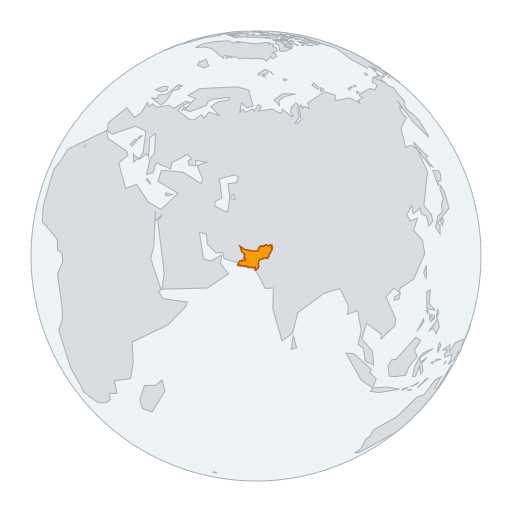 globe centered on Baluchistan, rotated 13°
{"feature_id": "PAK-1108", "entity_name": "Baluchistan", "entity_type": "Province", "adm_level": 1, "iso_a3": "PAK", "parent_name": "Pakistan", "parent_adm1": "", "projection": "orthographic", "projection_center": [66.028, 28.477], "detail": "fine", "context": "on_globe", "style": "filled", "palette": "amber", "viewbox_px": 512, "rotation_deg": 13, "n_neighbors": 0, "source": "natural_earth", "source_scale": "10m", "svg_char_len": 14818}
<svg xmlns="http://www.w3.org/2000/svg" viewBox="0 0 512 512"><g transform="rotate(13 256 256)"><circle cx="256" cy="256" r="225" fill="#eef3f6" stroke="#a8b0b8"/><path d="M303.6,35.8L315.9,39.2L326.7,42.4L320.6,40.9L344.2,49.0L357.6,55.5L339.5,47.2L335.4,45.9L343.0,49.5L340.4,49.0L342.6,50.6L338.9,49.9L328.6,45.9L326.0,45.5L331.5,48.2L331.2,49.6L323.5,45.7L322.2,48.0L304.8,43.1L287.1,35.5L274.4,34.6L248.3,32.1L247.7,32.7L237.4,33.0L232.9,34.0L229.3,33.9L228.8,34.9L232.9,34.9L234.1,35.5L231.8,36.4L226.8,36.1L227.3,35.6L224.6,36.0L223.1,35.6L222.6,36.3L216.9,36.2L219.1,37.6L211.7,38.7L208.8,38.4L213.6,36.7L219.0,33.8L218.4,33.9L235.4,31.7L252.5,30.7L269.7,31.1L286.7,32.8L303.6,35.8ZM181.2,43.5L180.5,43.8L188.3,41.3L188.5,41.5L194.7,40.2L188.8,42.4L179.8,45.6L174.3,47.0L170.2,48.6L171.4,49.3L157.4,54.7L141.5,63.5L138.4,65.0L139.5,63.3L146.9,58.9L163.7,50.5L181.2,43.5ZM335.0,45.3L330.6,43.6L335.8,45.5L335.0,45.3ZM343.6,51.0L345.7,51.8L345.9,52.4L343.6,51.0ZM197.5,39.2L196.1,39.7L195.7,39.6L197.5,39.2ZM201.5,38.3L202.0,37.9L203.9,37.4L203.6,37.7L201.5,38.3ZM340.4,52.0L340.2,53.0L338.6,51.2L340.4,52.0ZM200.4,39.0L207.4,36.7L210.8,36.0L212.4,36.5L200.4,39.0ZM338.9,53.2L338.5,56.4L343.1,58.1L329.9,55.5L334.6,53.3L332.0,50.6L335.9,52.6L338.9,53.2ZM235.2,34.6L230.7,34.6L236.6,34.0L235.2,34.6ZM238.7,34.1L255.1,32.4L260.5,33.2L253.9,33.4L262.7,34.3L257.4,35.5L251.3,35.3L248.9,34.4L248.7,35.6L238.7,34.1ZM322.7,53.9L321.1,54.3L320.8,53.1L322.7,53.9ZM235.0,35.8L237.8,35.1L242.7,35.7L238.0,37.1L237.9,36.4L235.0,35.8ZM267.7,34.2L270.5,35.1L267.0,36.2L267.6,36.8L257.7,35.6L267.7,34.2ZM235.6,36.7L235.5,37.8L231.1,38.4L232.6,36.4L235.6,36.7ZM246.0,35.4L248.1,35.8L245.4,36.0L246.0,35.4ZM215.3,41.7L218.6,40.6L221.4,40.7L215.3,41.7ZM235.7,38.2L237.2,38.1L238.7,38.1L237.7,39.0L235.7,38.2ZM255.9,36.7L253.8,37.1L259.7,37.2L257.3,38.4L251.2,37.5L252.8,38.3L252.1,38.7L247.9,37.6L255.9,36.7ZM241.2,40.1L232.5,40.0L225.9,41.8L223.1,41.7L234.4,38.7L241.2,40.1ZM245.5,38.7L242.2,39.5L240.5,38.7L241.6,37.7L245.5,38.7ZM257.9,39.6L263.2,38.0L264.3,38.3L257.9,39.6ZM239.6,40.8L241.7,40.8L239.3,41.0L239.6,40.8ZM252.6,40.0L254.4,39.3L255.6,39.7L252.6,40.0ZM244.5,41.7L241.7,41.5L242.4,40.8L244.5,41.7ZM248.5,41.0L249.8,41.7L244.3,40.6L249.1,40.7L248.5,41.0ZM253.6,40.5L254.9,40.4L252.7,40.7L253.6,40.5ZM243.4,45.1L236.3,43.9L237.9,42.0L244.6,43.4L243.4,45.1ZM37.4,255.0L39.5,217.1L43.9,208.4L48.5,194.3L82.2,167.3L85.0,174.6L106.6,183.0L108.6,186.5L101.3,196.2L113.8,219.5L123.4,213.0L139.3,227.9L152.9,232.0L166.0,212.5L143.8,205.3L144.5,193.8L166.0,190.7L186.1,197.9L187.1,193.7L178.3,181.3L186.8,175.6L175.6,176.5L177.2,181.5L170.3,182.6L168.4,178.1L171.5,176.0L166.6,172.4L153.1,184.0L153.2,190.4L137.9,187.6L136.7,198.2L131.1,201.1L131.0,184.4L134.1,179.4L130.6,159.4L126.0,164.2L129.0,183.7L126.3,181.0L120.1,188.6L122.7,180.8L120.7,159.2L109.5,156.5L88.3,169.8L83.1,167.5L82.0,159.5L96.6,140.6L106.4,148.1L111.8,142.4L115.7,130.8L118.3,134.4L121.2,130.8L125.4,133.5L137.3,128.6L142.6,130.7L152.8,121.1L156.9,121.1L149.7,126.6L147.4,131.9L161.1,138.1L165.4,137.0L171.0,130.5L174.1,133.4L177.8,126.4L188.4,127.4L178.5,120.6L184.8,113.8L194.3,110.7L194.6,107.5L179.1,112.7L174.6,116.1L173.5,120.7L159.5,130.0L153.6,129.7L161.5,116.2L153.9,114.7L163.4,105.6L199.3,95.5L211.4,95.9L219.5,110.4L213.5,113.8L207.5,110.0L207.8,119.6L210.3,115.9L212.9,118.6L219.5,113.6L221.7,115.4L224.4,107.9L227.8,109.5L226.0,114.2L238.7,109.2L247.2,111.6L249.0,109.7L248.6,106.9L259.6,112.3L260.5,110.7L257.2,108.3L256.9,103.6L260.5,97.8L264.1,100.0L263.3,102.4L267.0,111.0L264.3,117.6L266.1,118.0L269.4,112.9L264.8,102.2L266.0,98.1L269.1,102.7L268.0,100.7L269.7,99.4L274.8,100.4L271.9,95.3L285.8,80.5L297.0,81.5L298.2,86.8L311.7,80.8L323.3,83.8L320.3,81.3L324.7,77.7L321.1,76.7L320.0,75.3L329.7,67.1L334.8,67.4L335.6,62.4L334.0,61.3L330.3,60.7L329.9,55.5L343.1,58.1L346.0,60.3L352.2,61.0L357.9,66.3L365.5,71.4L368.1,77.7L373.9,81.7L375.7,81.6L384.9,87.5L397.7,101.2L379.5,90.5L358.7,73.0L366.5,79.8L362.4,78.6L363.7,81.5L369.4,86.6L371.5,86.9L368.5,99.4L377.5,116.5L382.6,112.9L389.5,116.1L404.2,135.5L408.2,168.8L417.4,175.9L420.4,182.0L417.7,187.9L413.3,179.0L407.4,177.7L405.3,172.2L399.7,179.6L396.4,172.0L393.6,182.1L398.6,187.1L404.8,182.8L403.8,195.5L414.7,203.2L419.9,215.7L414.8,243.2L403.7,254.8L403.8,259.1L397.4,256.3L391.9,266.7L406.3,286.0L407.0,292.7L396.6,308.8L395.8,304.1L378.8,296.6L377.7,312.9L390.7,322.4L395.3,335.9L386.2,334.0L381.4,322.1L375.3,319.1L375.4,305.3L367.4,286.3L358.2,292.3L357.4,283.9L345.1,268.9L330.9,276.8L309.5,301.9L309.0,323.0L300.5,332.8L284.3,303.8L280.1,283.3L272.3,285.5L257.2,268.0L225.5,265.7L222.8,259.9L216.4,262.0L206.1,255.4L202.6,245.9L195.5,245.5L205.4,270.5L213.2,271.0L222.1,262.8L223.2,271.4L233.4,279.6L215.9,298.1L171.7,309.5L170.4,293.2L152.4,243.8L154.7,239.1L154.7,238.5L154.7,237.5L149.9,244.7L147.9,235.0L154.2,268.8L154.0,282.2L171.1,310.3L168.7,312.3L175.1,318.5L199.3,316.3L198.8,321.4L185.5,343.1L154.7,367.7L160.5,388.2L161.3,403.7L146.1,409.4L151.4,421.3L144.1,422.7L146.3,428.7L142.7,432.8L135.3,434.6L118.2,427.0L113.9,421.3L100.5,406.6L80.6,372.7L81.5,361.4L78.6,349.7L66.6,318.0L69.0,305.0L66.6,297.0L61.2,294.6L58.8,285.0L55.9,282.3L40.1,270.5L37.4,255.0ZM65.7,185.3L63.6,189.2L65.7,185.3ZM204.3,216.7L218.4,219.9L217.4,205.5L222.7,205.8L220.4,201.0L217.2,204.5L212.4,191.8L220.4,189.0L221.4,183.1L216.7,181.8L202.9,189.1L209.7,207.0L204.2,211.8L204.3,216.7ZM126.5,72.3L120.9,76.1L125.2,73.0L124.6,73.2L133.0,67.3L137.3,65.5L133.8,67.2L126.5,72.3ZM145.3,59.8L139.5,63.2L143.6,60.8L145.3,59.8ZM132.4,110.9L132.0,114.2L127.5,117.4L120.9,116.4L127.3,111.7L132.4,110.9ZM132.4,118.5L142.0,106.3L146.5,106.9L142.3,108.5L144.4,110.2L138.2,113.3L133.1,126.5L128.8,130.3L118.9,125.4L124.5,124.7L124.6,121.2L132.4,118.5ZM158.7,79.2L163.0,75.4L167.2,81.5L162.8,84.5L155.9,83.2L157.1,79.1L158.7,79.2ZM201.9,41.0L203.3,40.2L204.6,40.1L204.6,40.7L201.9,41.0ZM216.6,41.2L197.5,44.9L198.0,44.0L186.1,48.0L183.0,47.4L190.8,44.7L179.5,47.6L185.3,44.9L177.5,47.3L195.2,41.4L199.9,39.6L195.8,41.7L198.6,42.2L201.2,41.9L212.1,39.9L223.7,36.9L228.3,37.4L228.5,38.6L226.4,39.4L224.1,38.7L222.9,40.3L218.0,39.9L216.6,41.2ZM227.5,60.3L225.7,57.8L222.6,63.6L217.7,62.1L217.6,62.9L212.2,63.3L205.5,65.4L203.9,64.3L202.0,65.6L198.4,66.2L195.2,67.7L191.3,66.5L187.1,68.4L187.6,66.9L181.5,70.5L184.3,67.3L179.9,68.1L179.5,70.8L166.0,63.7L158.2,64.1L150.1,66.5L156.0,61.5L167.4,56.4L180.4,52.6L187.1,53.3L188.5,51.3L192.2,51.1L189.5,52.8L195.8,50.2L198.1,50.6L209.6,49.0L217.3,45.7L221.7,45.3L219.9,46.8L225.6,45.4L225.1,48.2L228.2,48.1L230.8,51.1L225.4,54.6L229.4,54.3L231.5,56.9L227.5,60.3ZM243.9,46.0L238.5,49.8L233.2,51.2L230.8,45.5L228.1,45.2L226.4,42.3L234.2,40.6L233.9,41.5L235.5,42.1L232.4,42.4L236.1,42.6L235.9,44.0L238.7,44.6L236.2,45.6L243.9,46.0ZM113.6,184.1L115.6,185.7L119.4,187.1L115.6,192.2L113.6,184.1ZM111.9,169.4L114.2,169.8L110.6,177.0L108.5,175.5L111.9,169.4ZM118.4,164.1L114.6,169.2L115.4,165.6L118.4,164.1ZM152.1,126.8L154.8,127.1L153.9,128.8L151.0,130.6L152.1,126.8ZM217.3,79.3L217.1,77.1L218.6,76.7L222.6,72.1L226.6,73.1L225.8,76.3L217.3,79.3ZM160.5,215.0L154.8,217.8L153.5,215.2L155.8,214.7L160.5,215.0ZM132.8,204.9L137.7,209.9L131.7,206.3L132.8,204.9ZM222.3,79.6L223.5,77.5L224.7,79.4L222.3,79.6ZM229.7,73.7L231.7,75.4L227.6,72.7L229.7,73.7ZM263.6,475.5L266.8,476.3L262.9,476.5L263.6,475.5ZM197.7,407.9L189.7,431.6L179.5,429.9L175.2,422.2L176.4,407.2L187.5,404.6L192.2,397.9L197.7,407.9ZM433.3,352.7L437.2,351.3L436.9,352.3L433.3,352.7ZM429.3,351.9L434.1,349.7L428.2,354.3L429.3,351.9ZM435.9,348.9L440.7,344.6L442.8,342.0L442.2,344.0L435.9,348.9ZM425.9,353.6L406.1,361.5L397.8,362.1L400.1,358.2L413.5,354.1L425.9,353.6ZM399.4,358.3L386.3,353.2L365.6,330.4L373.1,329.1L394.1,340.5L392.8,343.8L400.8,348.6L399.4,358.3ZM429.9,329.4L428.5,338.6L417.9,342.4L412.8,343.0L409.4,333.2L411.4,326.8L415.6,325.3L430.0,299.1L435.5,301.5L431.5,311.9L435.8,317.6L429.9,329.4ZM310.2,324.9L316.2,336.4L311.4,338.9L310.2,324.9ZM434.4,282.3L429.6,293.8L433.5,279.6L434.4,282.3ZM435.8,269.7L436.9,274.0L433.9,270.8L435.8,269.7ZM405.1,265.4L400.7,268.1L399.9,264.9L405.0,259.7L405.1,265.4ZM423.8,226.4L426.4,235.9L426.5,239.4L423.2,234.6L423.8,226.4ZM258.0,89.2L248.0,94.2L243.4,99.2L245.0,104.2L238.5,99.8L245.5,91.9L258.0,89.2ZM282.0,81.1L280.5,77.4L284.0,78.1L284.8,79.0L282.0,81.1ZM279.1,79.6L272.1,77.1L273.1,74.4L278.4,76.9L279.1,79.6ZM246.9,77.4L243.6,78.7L242.7,77.0L246.9,77.4ZM431.2,397.6L432.2,396.3L430.5,397.7L401.3,423.9L396.6,425.6L401.5,420.2L404.7,408.6L406.6,407.9L410.0,398.5L429.4,381.0L444.5,357.3L450.9,353.3L458.4,336.5L463.8,331.8L459.8,343.6L462.5,344.1L471.3,317.3L467.0,335.0L459.9,351.7L451.6,367.7L442.0,383.1L431.2,397.6ZM442.8,348.1L448.8,338.3L451.5,335.9L442.8,348.1ZM476.4,302.8L475.5,305.8L475.0,303.1L472.3,312.7L467.4,318.5L469.3,313.0L469.2,307.8L462.8,312.1L461.5,309.4L464.2,304.4L459.3,305.5L464.8,299.0L466.6,305.3L469.4,296.1L473.4,292.8L476.3,290.6L477.6,292.6L476.9,296.0L476.6,301.7L476.4,302.8ZM463.8,317.0L464.7,316.2L463.6,319.4L463.8,317.0ZM478.1,290.2L480.0,278.8L480.2,277.8L478.8,288.6L478.1,290.2ZM480.0,275.5L480.4,274.3L480.3,276.9L480.2,278.4L480.0,275.5ZM452.7,318.9L452.3,321.3L450.7,320.7L452.7,318.9ZM454.9,316.0L459.4,314.9L454.3,318.3L454.9,316.0ZM438.6,318.1L440.3,322.6L445.6,316.1L441.5,323.4L444.6,330.3L443.2,334.3L440.2,326.7L438.3,337.3L435.9,338.4L435.1,330.6L437.8,318.9L440.2,313.3L449.5,306.1L438.6,318.1ZM455.0,309.4L453.7,304.0L454.6,299.0L456.1,301.4L455.0,309.4ZM448.9,291.2L444.4,286.1L441.1,291.0L447.1,276.3L450.6,283.7L448.9,291.2ZM443.9,276.7L440.8,281.3L443.5,273.2L443.9,276.7ZM439.6,279.2L438.4,274.2L441.3,273.4L439.6,279.2ZM445.6,276.0L444.9,266.7L447.0,271.2L445.6,276.0ZM435.2,263.1L442.6,268.5L434.3,269.0L430.3,252.0L433.6,249.9L435.2,263.1ZM430.5,184.3L427.7,180.0L429.6,177.3L431.0,181.0L430.5,184.3ZM433.3,165.9L429.2,175.2L425.4,183.3L428.3,184.3L430.5,193.3L424.3,187.5L424.4,176.0L427.9,171.3L425.1,164.2L425.6,157.6L420.4,149.9L419.5,145.5L425.3,151.2L433.3,165.9ZM418.0,146.9L409.0,132.9L414.2,131.7L417.3,134.5L419.2,141.3L416.4,141.4L418.0,146.9ZM408.4,129.4L405.5,129.6L386.4,113.1L383.7,109.5L401.0,120.5L399.2,121.4L403.0,125.9L408.4,129.4ZM323.3,55.2L321.3,54.4L323.6,54.6L323.3,55.2ZM317.9,74.8L316.8,73.0L319.5,73.1L317.9,74.8ZM315.1,68.2L312.8,69.3L313.7,67.2L315.1,68.2ZM307.9,72.2L311.1,69.3L310.2,73.4L307.9,72.2Z" fill="#d9dde1" stroke="#a8b0b8" stroke-width="1"/><path d="M265.9,243.4L266.1,243.3L266.3,243.1L266.7,242.5L266.9,242.2L267.1,242.3L267.7,242.2L267.9,242.1L268.1,241.8L268.5,241.7L268.6,241.8L268.6,242.0L268.8,242.2L268.7,242.4L268.7,242.5L268.8,242.5L269.0,242.3L269.0,242.7L269.1,243.3L269.0,243.8L269.3,244.0L269.4,244.6L269.5,244.6L269.5,244.4L269.6,244.2L269.6,244.3L269.7,244.2L269.8,244.2L270.0,243.9L270.1,244.0L270.2,244.3L270.1,244.6L270.2,244.8L270.1,245.3L270.2,245.5L270.2,246.3L270.2,246.5L269.8,247.0L269.7,247.0L269.6,247.3L269.4,248.0L269.2,248.7L269.3,248.7L269.3,248.8L269.5,248.8L269.5,249.1L269.4,249.3L269.3,249.7L269.0,250.5L268.8,250.7L268.7,250.9L268.6,251.0L268.4,251.0L268.2,251.2L268.2,251.5L268.1,252.0L268.3,252.1L268.5,252.2L268.5,252.5L268.6,253.2L268.6,253.3L268.4,253.5L268.3,253.8L268.0,254.0L268.0,254.3L268.1,254.5L267.9,255.0L267.7,255.2L267.5,255.4L267.4,255.4L267.4,255.5L267.6,255.8L265.5,255.9L264.9,255.9L264.4,256.0L264.1,256.4L263.8,256.6L262.8,257.4L262.6,257.7L261.8,258.1L261.3,258.2L260.9,258.3L260.6,258.9L260.3,259.2L260.1,259.6L260.0,259.8L259.9,260.7L259.9,261.2L260.0,263.1L260.0,263.3L260.1,263.6L261.0,265.3L261.0,265.5L261.0,265.9L261.0,266.2L260.9,266.5L260.8,267.0L260.5,267.4L260.4,267.6L260.2,267.7L260.0,268.1L260.0,268.3L259.9,268.6L259.6,269.0L259.3,269.5L259.2,269.6L258.4,270.1L258.4,269.3L258.5,269.0L258.5,268.9L258.5,268.7L257.8,268.2L258.0,268.2L257.9,267.9L257.8,267.6L257.7,267.7L257.5,267.3L257.3,267.3L257.2,267.3L257.2,267.2L257.1,267.3L256.8,267.3L256.6,267.3L256.4,267.6L256.2,267.8L256.7,267.7L256.8,267.6L257.1,267.5L257.3,267.6L257.4,267.8L257.5,267.7L257.6,267.8L257.7,268.0L257.2,267.8L256.9,267.8L256.5,267.9L256.1,267.9L255.6,268.0L255.4,268.0L255.1,268.2L254.9,268.2L254.7,268.3L254.0,268.1L253.8,268.2L253.7,268.2L253.8,268.1L253.5,268.1L253.4,268.2L253.2,268.2L253.0,268.4L252.9,268.5L252.6,268.4L252.3,268.4L252.1,268.4L251.9,268.4L251.7,268.3L251.4,268.4L251.3,268.5L251.2,268.6L251.2,268.8L251.3,268.9L251.1,269.0L250.9,269.0L251.0,268.8L251.0,268.7L250.8,268.6L250.6,268.5L250.4,268.7L250.1,268.5L249.7,268.4L249.4,268.4L249.1,268.3L249.2,268.1L249.1,267.9L249.3,267.9L249.0,267.9L248.7,268.0L248.8,268.0L249.0,268.0L249.0,268.3L248.7,268.3L248.7,268.2L248.6,268.3L248.1,268.1L247.9,268.1L247.6,268.1L247.3,268.1L247.2,268.2L247.0,268.4L246.9,268.4L246.9,268.5L247.1,268.7L247.1,268.8L246.7,268.7L246.3,268.7L245.9,268.5L245.3,268.7L245.0,268.6L244.4,268.5L243.6,268.4L243.4,268.5L243.2,268.7L243.0,268.8L242.9,268.8L242.9,269.0L243.0,269.1L242.7,269.1L242.8,268.9L242.7,268.7L242.2,268.6L241.9,268.8L242.0,268.9L242.0,269.0L241.9,269.0L241.4,269.0L241.2,269.0L241.1,269.3L240.9,269.3L240.7,269.3L240.7,269.2L240.8,268.9L240.9,268.7L240.6,268.6L240.2,268.6L240.3,268.3L240.5,267.0L240.5,266.9L240.6,266.7L240.6,266.4L240.8,266.2L241.1,264.8L241.2,264.6L241.3,264.5L241.7,264.4L241.9,264.3L242.1,264.3L242.3,264.0L242.7,264.1L242.8,264.1L242.7,263.9L242.9,263.7L243.1,263.4L243.3,263.3L243.9,263.3L244.1,263.2L244.3,263.2L244.5,263.1L245.6,263.1L245.9,263.2L246.0,262.9L246.0,262.4L246.2,262.2L246.3,262.2L246.2,261.9L246.2,261.4L246.3,261.2L246.5,261.2L246.4,260.9L246.0,260.7L245.8,260.7L245.6,260.7L245.0,260.8L244.8,260.7L244.7,260.8L244.5,260.6L244.6,260.4L244.8,259.9L244.8,259.7L244.7,258.4L244.6,257.7L244.7,256.9L244.6,256.7L244.0,256.8L243.8,256.5L243.7,256.3L243.5,256.2L243.4,256.1L242.9,255.9L242.6,255.8L242.3,255.7L241.7,255.5L241.4,255.2L240.9,254.6L240.7,254.3L240.7,254.2L240.5,253.6L240.3,253.5L240.4,253.4L240.3,253.1L240.1,253.0L240.1,252.8L239.9,252.6L240.0,252.3L239.9,252.2L238.3,250.2L243.5,252.1L243.8,252.2L247.6,251.9L249.0,252.2L249.3,252.4L249.7,252.0L249.8,251.9L250.7,251.7L251.9,251.7L252.4,251.8L252.6,251.8L256.6,250.7L256.8,250.5L257.0,250.2L256.7,249.8L256.7,249.6L256.9,249.1L256.9,248.8L257.0,248.3L257.0,248.1L256.9,248.0L256.8,247.8L256.8,247.6L257.1,246.4L257.8,246.2L258.1,245.7L258.3,245.3L258.3,245.2L258.5,245.2L259.1,244.8L259.3,244.8L259.4,245.0L259.5,245.2L260.0,245.2L260.4,245.2L260.7,245.1L261.2,245.0L261.6,244.8L261.8,244.7L261.7,244.5L261.4,244.5L261.3,244.4L261.2,244.2L261.6,244.0L261.9,243.8L262.1,243.6L262.3,243.6L262.5,243.5L262.6,243.4L262.8,243.3L262.8,243.2L263.1,242.8L263.3,242.8L263.4,243.0L263.8,243.0L264.3,243.1L264.1,243.0L264.0,242.9L264.3,242.8L264.7,242.9L264.9,243.0L265.0,243.2L265.2,243.5L265.3,243.6L265.7,243.4L265.9,243.4Z" fill="#f59e0b" stroke="#b45309" stroke-width="1.5"/></g></svg>